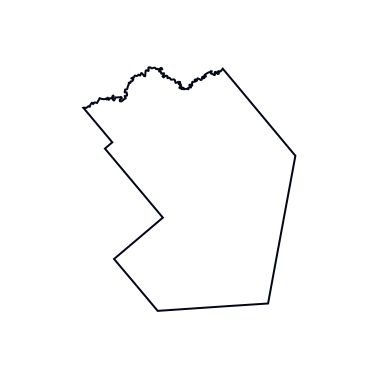 the district of Pirane, Formosa, Argentina, rotated 140°
{"feature_id": "61730980B72104600250977", "entity_name": "Pirane", "entity_type": "district", "adm_level": 2, "iso_a3": "ARG", "parent_name": "Argentina", "parent_adm1": "Formosa", "projection": "mercator", "projection_center": [-59.332, -25.781], "detail": "fine", "context": "isolated", "style": "outline", "palette": "ink", "viewbox_px": 384, "rotation_deg": 140, "n_neighbors": 0, "source": "geoboundaries", "source_scale": "gbopen_adm2", "svg_char_len": 6012}
<svg xmlns="http://www.w3.org/2000/svg" viewBox="0 0 384 384"><g transform="rotate(140 192 192)"><path d="M230.8,281.2L230.8,244.1L230.8,236.7L230.8,232.0L230.8,231.1L230.8,191.1L267.8,190.9L294.8,190.8L294.7,160.3L294.7,147.9L294.7,126.1L294.7,124.0L294.7,123.0L238.1,81.7L205.4,57.7L162.8,92.9L161.8,93.7L89.5,153.3L89.5,162.0L89.3,216.8L89.2,242.4L89.2,265.1L89.2,266.7L90.0,266.5L90.9,266.3L91.5,266.2L92.2,266.1L92.6,266.1L92.8,266.1L93.1,266.4L93.3,266.7L93.5,266.9L93.6,267.2L93.8,267.4L94.2,267.6L94.8,267.5L95.2,267.2L95.4,266.9L95.1,266.3L95.0,265.9L95.4,265.5L95.9,265.6L96.5,266.0L96.6,266.9L96.5,267.8L96.5,268.5L96.8,268.9L97.1,269.1L97.4,269.1L97.7,268.9L98.2,268.4L98.6,267.7L99.0,267.1L99.3,267.1L99.6,267.1L99.8,267.4L100.0,267.9L100.4,269.1L101.0,270.1L101.2,270.6L101.2,270.9L101.0,271.2L100.6,271.4L99.6,271.5L99.3,271.9L99.7,272.3L100.2,272.4L101.0,272.4L101.6,272.6L102.2,272.8L103.1,273.1L104.5,273.3L106.0,273.6L107.0,273.5L107.5,273.4L107.5,273.0L107.3,272.8L106.9,272.4L106.9,272.0L107.0,271.7L107.3,271.6L107.5,271.7L107.8,272.0L108.0,272.3L108.4,272.5L108.7,272.5L108.9,272.3L108.9,271.9L109.1,271.7L109.4,271.4L109.7,271.5L109.9,271.6L110.1,271.8L110.1,272.1L109.7,272.6L109.6,273.1L109.7,273.4L110.1,273.5L110.5,273.4L110.8,273.1L112.2,271.9L112.6,271.8L112.9,272.0L113.3,272.3L113.8,273.9L114.4,274.9L114.6,275.4L114.9,275.5L115.2,275.3L116.1,274.4L116.9,274.2L117.4,274.2L117.5,274.3L117.5,274.7L117.2,275.7L117.1,276.0L117.3,276.1L117.6,276.1L117.8,276.1L118.1,275.7L118.2,275.3L118.4,274.8L118.6,274.6L118.9,274.6L120.0,275.4L120.5,275.9L121.0,276.1L121.3,276.0L121.6,275.5L121.9,275.2L122.3,275.0L122.7,274.5L123.0,273.8L123.4,273.5L123.7,273.5L123.8,273.6L123.9,273.9L123.7,274.5L123.9,275.0L124.4,275.4L124.9,275.7L125.2,275.6L125.3,275.5L125.4,275.2L125.2,274.5L125.1,273.5L125.2,273.1L125.4,272.9L125.6,272.8L125.8,272.9L126.0,273.1L126.4,273.4L127.2,274.1L127.8,274.2L128.5,273.2L128.8,273.2L129.0,273.4L129.2,273.6L129.5,274.1L129.8,274.4L130.6,275.0L131.1,275.4L131.7,275.6L132.1,275.8L132.2,276.0L132.1,276.5L131.6,277.2L132.0,277.7L132.2,277.8L132.4,277.8L132.8,277.4L133.2,277.2L133.5,277.2L133.7,277.4L133.8,277.7L133.9,278.5L134.0,278.8L134.2,279.2L134.5,279.5L134.6,279.8L134.6,280.0L134.3,280.2L133.9,280.2L133.1,279.8L132.4,279.6L132.2,279.8L132.2,280.3L132.5,280.8L132.6,281.3L132.4,281.6L132.2,281.6L131.8,281.6L131.4,281.7L131.4,282.0L131.8,282.5L132.4,282.8L132.7,283.0L132.7,283.3L132.6,283.6L132.3,283.6L131.7,283.6L131.2,283.6L130.6,283.7L130.5,284.0L131.1,284.7L131.7,285.2L132.7,285.5L133.4,285.7L134.1,285.9L134.3,286.0L134.4,286.4L134.2,287.0L133.9,287.4L133.5,288.1L133.3,288.5L133.2,289.4L133.6,290.0L134.6,290.5L135.9,291.7L135.7,293.3L136.0,294.1L136.3,294.4L137.1,294.6L137.3,294.8L137.5,295.0L137.3,295.5L136.6,296.1L136.5,296.5L136.5,296.9L136.8,297.5L137.2,297.8L137.6,297.8L138.0,297.9L138.3,298.2L138.7,298.6L139.2,298.2L139.7,298.0L140.1,298.2L140.2,298.9L140.2,299.5L138.4,300.0L137.6,300.4L137.2,300.8L137.5,301.2L138.1,301.7L138.8,301.8L139.4,302.3L139.4,302.5L139.1,302.8L138.9,303.2L138.8,303.6L138.7,303.9L138.7,304.2L139.0,304.7L139.3,305.1L139.6,305.3L139.6,305.6L139.4,305.8L139.1,306.0L138.3,306.1L137.5,305.9L136.8,305.5L136.2,305.2L135.7,305.3L135.6,305.7L135.7,306.5L135.9,306.9L136.4,307.1L138.0,307.2L138.7,307.4L139.2,307.7L139.2,308.2L139.2,308.4L139.4,308.7L139.8,308.8L140.2,309.0L140.5,309.3L140.5,309.8L140.4,310.5L140.5,311.0L140.8,311.3L141.3,311.6L141.9,312.0L142.8,312.3L143.4,312.7L143.6,312.9L143.7,313.7L143.8,314.2L144.8,315.1L145.3,315.2L145.8,315.1L146.0,314.4L147.0,313.1L147.3,312.9L147.6,312.8L147.8,313.0L148.1,313.6L148.3,314.2L148.8,314.6L149.2,314.7L149.6,314.6L150.0,314.2L150.4,313.9L150.7,313.6L151.1,313.2L151.4,312.8L151.9,312.4L152.4,311.9L153.0,311.3L153.5,310.9L154.0,311.4L154.2,311.9L154.1,312.4L154.1,312.7L154.0,313.9L154.0,314.5L154.1,315.4L154.6,315.6L155.0,315.5L156.4,314.7L156.8,314.6L157.0,314.8L157.2,315.2L157.4,315.9L157.7,316.3L158.2,316.2L159.4,316.2L159.8,316.4L160.1,316.7L160.4,317.3L160.7,317.7L161.2,317.8L161.8,317.7L162.4,317.3L163.2,317.3L163.7,317.7L164.6,318.0L165.0,318.1L165.3,318.0L165.0,317.2L164.5,316.1L164.8,315.8L165.3,315.7L166.2,315.4L166.9,315.4L167.3,315.5L167.6,315.9L167.9,316.1L168.1,316.1L168.5,315.9L168.8,315.5L169.1,315.3L169.3,315.3L169.5,315.5L169.7,315.9L170.0,316.2L170.3,316.2L170.5,316.1L170.9,315.4L171.6,314.9L172.2,314.7L172.9,314.3L173.9,313.7L174.9,312.9L175.5,312.6L175.8,312.6L176.3,312.7L176.7,312.9L177.2,313.4L177.7,313.3L179.4,311.7L179.3,311.2L179.0,311.0L178.2,310.5L178.1,310.3L178.7,309.1L179.0,308.6L179.3,308.1L179.8,307.7L180.5,307.9L181.2,308.5L181.6,308.7L181.9,308.7L182.1,308.4L182.3,307.7L182.4,306.6L182.7,306.4L182.9,306.5L183.6,306.7L184.4,306.8L185.8,306.6L186.9,306.7L187.8,306.8L188.4,307.3L188.7,307.7L188.8,307.9L188.7,308.4L188.5,308.6L188.0,309.0L187.3,309.1L186.6,308.9L185.7,308.8L185.3,309.3L185.2,310.0L185.4,310.4L185.9,310.8L186.4,311.0L186.9,311.3L187.9,312.1L188.8,312.8L189.7,313.6L190.4,313.3L192.6,312.2L193.0,312.3L193.2,313.2L193.2,314.1L192.9,314.7L192.4,314.7L191.6,315.1L191.2,315.3L190.8,315.6L190.5,315.8L190.4,316.1L190.4,316.5L191.1,316.6L191.7,316.2L192.7,315.7L193.3,315.7L193.8,315.9L194.3,316.2L194.7,316.6L195.2,316.5L195.8,316.2L196.3,316.1L196.5,316.3L196.7,316.5L196.7,316.9L196.5,317.3L195.9,317.6L195.8,318.1L196.2,318.5L196.7,318.4L197.3,317.8L197.8,317.8L197.9,318.5L198.1,318.9L198.7,319.0L199.3,319.4L200.0,319.8L200.5,320.5L201.2,321.1L201.5,321.7L202.1,322.4L202.4,323.2L203.0,323.1L203.8,322.5L205.0,322.2L206.6,321.6L207.5,321.2L207.8,321.7L208.1,322.1L208.6,322.7L209.0,323.2L209.7,323.4L210.4,323.0L211.2,323.0L211.3,323.5L211.2,324.2L211.3,324.7L211.5,324.7L212.0,324.5L213.3,324.3L214.0,324.0L214.8,323.4L215.5,323.1L215.9,323.4L216.0,323.6L216.0,324.0L216.2,324.3L216.4,324.3L217.1,324.3L218.2,324.3L218.9,324.4L219.8,325.3L220.5,326.0L221.1,326.3L221.1,325.1L221.1,303.4L221.1,285.0L221.1,281.3L230.8,281.2Z" fill="none" stroke="#020617" stroke-width="2"/></g></svg>